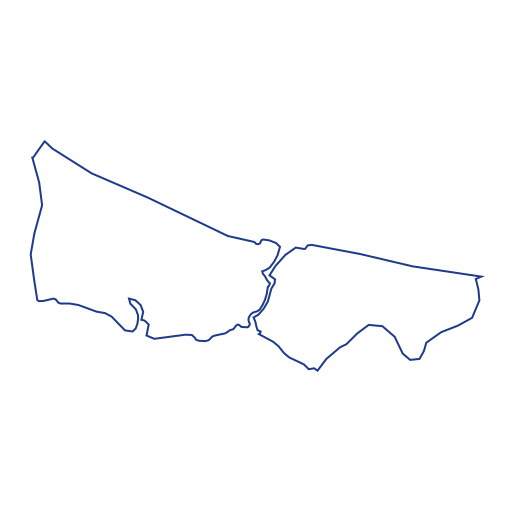 Istanbul, Mercator projection
{"feature_id": "TUR-2265", "entity_name": "Istanbul", "entity_type": "Province", "adm_level": 1, "iso_a3": "TUR", "parent_name": "Turkey", "parent_adm1": "", "projection": "mercator", "projection_center": [28.93, 41.208], "detail": "fine", "context": "isolated", "style": "outline", "palette": "blue", "viewbox_px": 512, "rotation_deg": 0, "n_neighbors": 0, "source": "natural_earth", "source_scale": "10m", "svg_char_len": 1978}
<svg xmlns="http://www.w3.org/2000/svg" viewBox="0 0 512 512"><path d="M44.7,141.3L52.4,148.6L91.7,173.4L148.0,197.7L227.8,236.0L253.6,241.8L254.9,242.4L255.5,243.2L256.2,243.9L257.9,244.2L259.9,243.5L261.5,240.2L263.3,239.5L269.4,240.4L276.0,243.0L280.0,246.8L277.5,255.4L274.1,261.8L269.6,267.7L265.2,270.3L262.2,271.3L262.8,273.6L265.0,276.3L266.5,279.2L268.1,281.6L268.6,282.1L269.9,283.1L269.4,285.0L268.3,286.7L267.8,286.8L266.8,293.6L265.0,299.8L262.5,305.1L259.8,309.4L257.6,311.1L253.0,312.6L250.9,314.2L248.9,317.2L248.5,319.0L248.6,320.5L248.9,322.0L249.7,323.2L249.6,325.1L248.1,327.0L246.9,327.3L241.3,326.9L239.1,324.9L237.6,324.6L236.1,325.6L233.8,328.7L233.0,329.3L230.2,330.1L225.4,333.3L215.1,335.5L212.6,336.4L211.2,337.6L210.1,339.0L208.4,340.3L205.4,341.1L199.0,340.8L196.0,339.7L194.7,337.6L191.9,335.0L185.5,334.7L154.3,338.8L146.5,335.5L148.7,324.6L145.6,321.4L143.8,320.3L141.4,319.8L143.2,311.9L140.6,305.0L135.3,300.2L129.0,298.6L130.3,303.6L135.9,309.4L138.0,315.2L138.1,318.7L137.4,323.7L135.7,328.5L132.5,331.5L125.0,330.4L111.6,316.6L105.0,313.1L96.4,311.6L78.4,305.0L69.4,303.5L60.5,303.5L58.4,302.7L55.6,299.3L53.4,298.6L43.7,300.9L39.1,301.2L37.3,300.1L34.3,280.9L30.7,254.5L34.3,233.7L42.1,205.3L39.2,182.6L32.4,157.9L32.8,158.0L44.6,141.3L44.7,141.3ZM317.5,370.7L314.2,368.3L308.8,369.2L303.9,364.4L289.2,357.4L283.9,353.0L278.5,346.2L273.2,341.8L258.9,334.1L259.9,333.4L260.1,333.2L260.1,332.8L260.6,331.5L257.6,330.2L256.4,326.6L255.4,321.9L253.6,317.4L258.4,314.7L263.6,308.8L267.8,301.6L271.4,288.5L274.5,283.5L275.1,279.4L269.5,275.3L275.6,265.8L285.4,254.9L295.7,247.6L303.5,248.9L305.1,248.9L307.7,245.4L311.8,244.9L360.5,254.1L412.3,266.3L481.3,276.6L475.8,279.0L478.4,289.5L479.4,300.4L472.1,317.8L458.0,325.6L441.3,332.1L426.3,342.7L423.9,351.0L419.5,358.9L410.2,359.9L402.7,353.6L394.7,336.8L382.4,326.2L368.7,324.9L357.3,333.4L346.4,344.2L339.9,347.4L326.3,359.0L317.5,370.7Z" fill="none" stroke="#1e3a8a" stroke-width="2"/></svg>